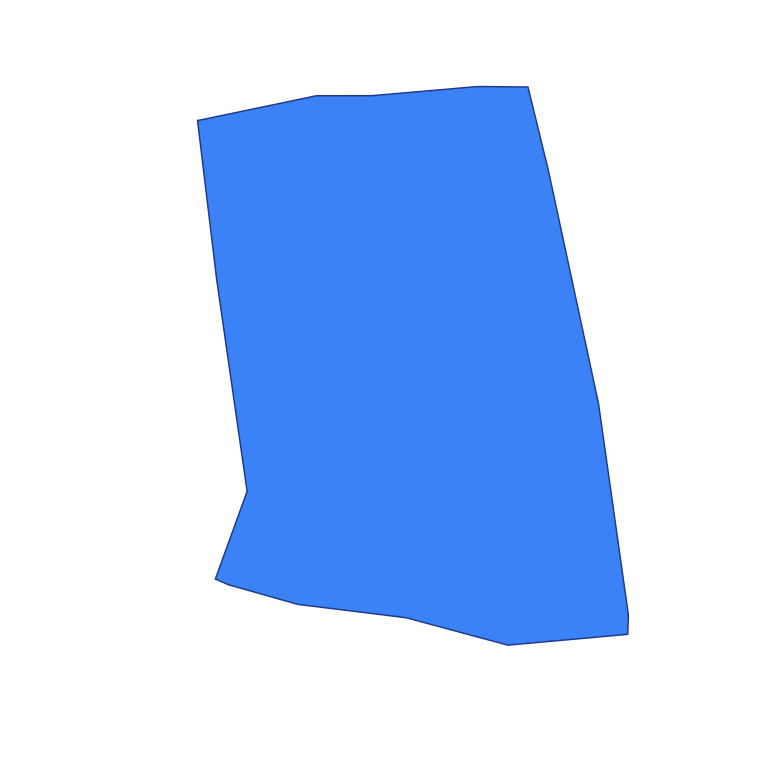 outline of 25, Ad Dawhah, Qatar, rotated 257°
{"feature_id": "91078587B27846098888320", "entity_name": "25", "entity_type": "district", "adm_level": 2, "iso_a3": "QAT", "parent_name": "Qatar", "parent_adm1": "Ad Dawhah", "projection": "equal_earth", "projection_center": [51.531, 25.268], "detail": "fine", "context": "isolated", "style": "filled", "palette": "blue", "viewbox_px": 768, "rotation_deg": 257, "n_neighbors": 0, "source": "geoboundaries", "source_scale": "gbopen_adm2", "svg_char_len": 398}
<svg xmlns="http://www.w3.org/2000/svg" viewBox="0 0 768 768"><g transform="rotate(257 384 384)"><path d="M682.7,261.6L523.7,244.5L310.2,226.5L231.9,175.8L223.3,187.4L188.6,250.5L151.4,352.7L101.7,445.9L85.3,565.2L104.3,570.2L316.6,588.6L556.2,592.2L632.5,591.2L641.0,591.1L652.8,542.1L667.7,436.9L680.1,382.8L682.6,262.5L682.7,261.6Z" fill="#3b82f6" stroke="#1e3a8a" stroke-width="1.5"/></g></svg>